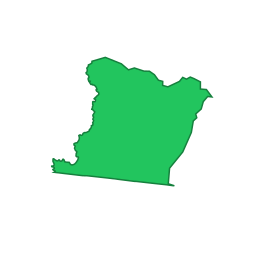 Buchanan, Virginia, United States of America, rotated 229°
{"feature_id": "52423323B31243309181200", "entity_name": "Buchanan", "entity_type": "district", "adm_level": 2, "iso_a3": "USA", "parent_name": "United States of America", "parent_adm1": "Virginia", "projection": "equal_earth", "projection_center": [-81.918, 37.288], "detail": "fine", "context": "isolated", "style": "filled", "palette": "green", "viewbox_px": 256, "rotation_deg": 229, "n_neighbors": 0, "source": "geoboundaries", "source_scale": "gbopen_adm2", "svg_char_len": 2766}
<svg xmlns="http://www.w3.org/2000/svg" viewBox="0 0 256 256"><g transform="rotate(229 128 128)"><path d="M153.5,51.8L153.7,51.5L153.8,51.1L152.1,49.5L149.4,48.7L148.5,47.8L148.4,47.4L148.4,46.6L149.3,45.6L149.3,45.4L148.8,45.1L146.9,46.4L146.1,46.2L145.8,45.8L145.9,44.6L146.0,44.3L145.9,44.0L145.4,44.0L143.2,44.8L142.8,44.3L143.1,43.1L121.8,62.5L118.8,65.8L102.8,80.6L83.0,98.3L82.8,98.7L69.4,111.0L59.8,119.9L55.3,123.8L54.0,125.1L59.5,121.8L70.4,133.0L74.0,153.6L83.1,172.9L90.5,181.9L90.6,186.6L94.2,188.3L94.3,195.7L98.5,202.1L99.5,208.8L96.4,211.7L105.6,212.4L109.9,208.2L115.3,212.9L122.0,210.2L125.6,208.4L126.5,204.2L130.3,202.5L129.4,197.4L132.9,185.1L137.4,182.1L140.4,184.8L144.1,182.3L150.9,182.9L156.8,181.4L160.4,177.4L169.1,172.2L171.6,166.5L180.8,165.1L196.2,157.2L202.0,144.6L200.8,143.4L200.7,142.8L200.9,142.3L200.9,141.7L201.6,139.5L201.4,139.2L201.0,139.1L200.4,138.1L200.4,137.0L200.2,136.2L199.8,136.0L198.9,135.7L198.7,135.5L198.5,135.2L198.0,134.8L197.3,134.0L197.3,133.7L197.3,133.4L197.3,132.7L196.6,132.3L196.2,132.1L195.7,132.3L195.3,132.3L194.6,132.6L192.9,132.4L192.2,132.0L191.7,131.5L191.7,130.6L190.7,129.8L189.1,129.1L188.9,129.3L188.1,130.1L188.0,129.9L188.1,129.4L188.0,129.0L185.5,128.6L185.0,128.7L184.5,129.6L184.0,129.6L183.7,129.6L183.0,130.3L182.1,130.7L181.3,130.8L179.9,130.8L177.5,130.0L177.5,129.6L177.8,129.1L177.5,128.8L176.4,128.5L175.5,128.8L175.3,128.7L174.3,129.1L173.5,128.9L172.6,128.0L172.5,126.8L172.6,125.6L172.3,123.9L172.5,123.7L172.3,121.6L171.9,121.6L171.0,122.2L170.4,121.9L169.7,121.0L169.6,120.8L169.5,120.6L169.5,120.4L170.0,119.7L170.9,119.1L170.9,118.5L169.0,116.8L168.3,116.8L167.7,115.9L167.5,115.3L166.2,114.0L166.1,113.1L165.9,112.9L165.5,113.3L164.5,113.4L164.0,113.4L163.8,113.3L162.5,113.6L162.2,113.6L162.0,113.2L161.8,113.0L161.7,113.0L160.8,110.2L160.8,109.9L159.9,109.5L159.6,109.2L159.1,109.3L158.7,109.2L157.8,107.3L157.7,107.2L156.3,107.1L155.4,105.7L155.3,105.0L155.1,104.7L154.0,104.4L153.8,103.8L153.3,103.2L153.8,101.9L152.9,101.2L151.9,99.1L152.2,98.6L151.9,97.4L151.4,97.2L151.2,96.4L152.0,93.5L153.2,92.0L153.4,90.5L152.7,89.3L152.9,88.1L153.6,87.5L154.0,87.5L154.3,87.3L154.6,86.0L152.3,84.7L151.1,83.1L150.2,80.0L150.9,79.0L151.5,77.5L151.5,76.8L150.6,76.1L150.0,76.1L149.6,76.3L148.9,76.2L147.9,74.4L145.5,73.6L143.8,73.9L142.8,72.8L142.9,72.4L141.0,70.4L140.0,70.4L138.8,71.4L138.2,71.2L136.9,69.2L136.0,66.2L135.8,63.8L136.7,61.7L137.5,61.0L138.6,60.8L140.0,60.9L140.3,61.1L140.7,61.1L142.4,59.3L143.9,58.1L145.9,58.8L146.9,58.7L147.1,58.5L147.1,57.9L146.7,57.5L146.6,57.2L146.7,56.0L147.0,55.5L147.3,55.2L148.0,55.1L148.8,55.3L149.3,54.9L149.3,53.5L149.6,53.0L150.0,52.7L152.3,51.9L153.5,51.8L153.5,51.8Z" fill="#22c55e" stroke="#15803d" stroke-width="1.5"/></g></svg>